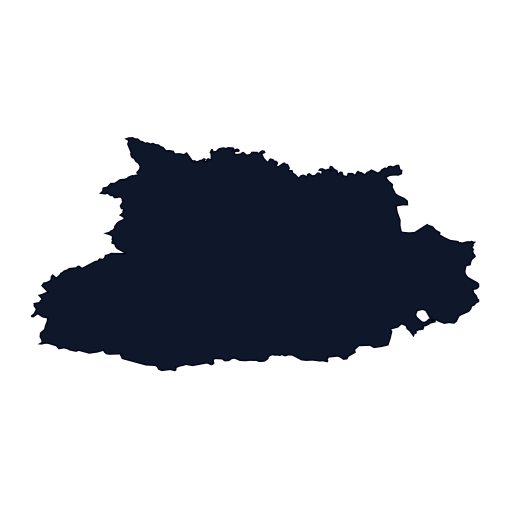 outline of Anjozorobe, Analamanga, Madagascar, rotated 91°
{"feature_id": "10022922B1306198900476", "entity_name": "Anjozorobe", "entity_type": "district", "adm_level": 2, "iso_a3": "MDG", "parent_name": "Madagascar", "parent_adm1": "Analamanga", "projection": "equal_earth", "projection_center": [47.714, -18.198], "detail": "fine", "context": "isolated", "style": "filled", "palette": "ink", "viewbox_px": 512, "rotation_deg": 91, "n_neighbors": 0, "source": "geoboundaries", "source_scale": "gbopen_adm2", "svg_char_len": 6084}
<svg xmlns="http://www.w3.org/2000/svg" viewBox="0 0 512 512"><g transform="rotate(91 256 256)"><path d="M217.5,392.4L219.8,388.2L220.9,388.2L222.3,389.7L224.0,393.3L225.5,395.2L229.0,397.7L230.6,397.6L232.8,399.5L233.8,401.7L235.0,402.9L236.0,406.4L237.2,402.2L238.4,400.0L239.8,399.6L242.1,400.0L242.7,398.6L244.0,399.9L245.5,400.1L246.6,396.8L248.2,396.9L250.7,395.0L254.3,388.2L255.5,386.7L256.0,386.8L256.1,401.1L257.3,403.0L258.2,406.5L260.3,407.1L261.7,408.3L262.2,409.8L261.8,412.4L264.0,414.0L264.4,416.7L271.4,429.3L271.3,430.2L269.4,432.8L269.6,434.0L271.1,435.3L271.9,442.5L273.3,444.2L274.5,447.6L276.1,449.2L276.7,450.6L278.5,451.7L281.8,455.3L278.7,459.0L280.2,460.1L283.3,460.4L284.6,461.4L286.5,465.3L286.7,467.5L289.4,469.4L295.5,463.2L298.2,468.8L299.2,472.1L301.6,469.8L303.4,469.0L304.6,470.6L306.5,471.6L307.5,476.9L309.9,476.7L312.5,474.7L314.2,474.9L317.9,476.9L319.9,479.3L320.5,479.0L320.5,477.5L318.0,474.4L317.5,472.9L320.5,468.3L321.4,463.1L325.0,463.4L329.9,465.3L332.3,465.6L333.6,466.3L336.9,470.0L340.6,470.3L342.9,468.9L346.0,468.0L347.5,470.4L347.6,468.8L346.7,465.4L346.7,462.5L349.1,454.0L352.0,451.4L351.0,446.3L351.8,442.8L353.0,440.6L354.1,435.1L354.2,434.1L353.2,431.6L355.9,421.0L354.7,413.3L352.9,407.4L352.3,407.0L354.6,405.7L356.2,403.8L356.6,400.6L356.0,388.7L356.7,389.8L360.7,387.8L366.7,364.1L367.0,354.8L368.3,352.5L370.8,351.3L372.0,348.2L370.8,339.7L371.9,335.2L371.3,334.3L368.8,334.2L367.1,330.2L366.5,327.0L365.4,324.2L366.5,317.5L363.7,303.8L363.9,302.0L365.3,299.0L365.1,297.9L364.0,296.5L360.1,297.2L359.1,295.0L359.3,287.8L360.9,285.9L361.2,284.9L360.8,281.3L358.9,278.7L358.4,276.1L358.5,275.1L360.5,270.2L360.7,264.6L360.2,260.7L360.2,253.6L361.2,251.0L361.1,247.9L360.6,245.4L358.3,242.4L357.1,242.4L355.1,240.4L354.2,237.9L354.7,234.9L354.4,232.5L354.9,230.8L353.9,228.2L354.9,226.1L355.1,224.7L354.1,222.2L354.3,217.7L358.9,208.5L359.3,204.0L358.9,197.4L359.7,190.2L359.4,187.5L360.3,182.9L359.4,182.6L358.2,183.4L356.7,182.4L355.7,182.3L354.5,172.5L355.3,170.2L357.6,166.6L357.1,163.4L354.5,162.1L350.5,155.3L347.9,156.1L343.7,151.7L343.1,140.4L345.3,136.4L344.1,128.9L342.5,122.6L335.3,120.4L329.0,119.1L327.6,120.3L326.3,119.7L324.5,113.1L321.9,110.3L320.9,110.0L322.9,104.6L326.0,103.5L328.1,100.8L332.9,97.2L331.0,96.7L329.9,94.6L329.0,95.2L327.9,94.4L326.7,91.8L326.2,88.0L324.6,87.3L322.8,87.9L322.8,85.7L321.1,82.1L320.1,81.4L318.7,76.4L316.2,81.8L318.6,84.3L319.6,86.5L319.2,89.1L314.4,94.6L311.8,95.5L307.7,94.0L306.3,88.5L307.4,85.2L314.7,80.9L317.7,76.0L316.7,75.8L316.4,74.9L317.9,72.1L319.9,66.5L319.0,62.2L319.5,56.8L317.7,54.7L312.4,52.2L311.1,50.2L307.6,42.5L305.1,40.5L302.3,39.7L300.9,36.8L299.0,35.4L297.6,32.8L296.2,32.7L294.6,34.3L292.1,35.1L289.3,37.8L286.8,38.5L285.4,38.3L284.8,35.0L283.8,33.8L282.7,32.9L280.2,33.1L279.0,34.4L273.8,44.0L270.7,46.4L268.1,47.1L262.3,46.1L261.8,45.6L260.9,41.8L257.5,41.2L255.4,40.1L252.7,37.0L251.6,37.3L249.9,38.8L247.2,39.7L245.9,38.9L243.0,40.7L241.9,39.1L240.4,39.5L238.5,37.8L238.5,39.1L237.7,40.7L238.2,41.5L238.3,45.4L239.7,50.1L239.2,51.7L239.5,52.9L238.1,54.5L237.2,62.1L234.5,68.1L231.6,73.2L230.9,73.5L229.8,72.6L229.3,72.9L227.4,76.7L223.7,80.2L222.6,84.2L221.7,85.3L229.9,97.7L230.4,103.3L229.9,110.3L229.1,111.4L222.9,112.8L217.7,112.7L209.7,115.8L203.4,116.9L202.1,110.3L202.1,105.5L198.5,105.8L196.0,108.9L193.3,115.2L191.3,117.9L184.9,121.2L182.2,120.9L179.0,124.8L175.2,127.9L172.9,123.7L172.4,119.0L172.5,115.2L171.1,112.1L167.9,111.9L167.5,113.7L163.4,114.8L162.9,115.4L163.1,116.9L164.9,120.6L164.1,122.6L164.3,124.4L164.5,125.1L166.4,126.3L166.0,128.8L167.9,131.9L169.1,132.5L171.2,135.3L168.2,142.0L168.6,143.0L169.5,143.6L170.6,146.4L171.8,147.1L172.9,149.1L170.8,152.4L171.1,153.7L169.8,155.2L170.1,156.0L173.5,158.0L173.4,159.1L172.0,160.9L172.0,165.2L174.5,165.9L175.1,166.7L174.3,170.4L170.9,171.6L170.8,173.2L172.3,175.0L172.2,176.0L169.4,176.6L168.2,179.2L165.4,181.8L165.3,183.1L166.8,183.7L168.5,182.3L169.3,182.4L168.1,185.3L169.2,187.7L167.8,191.0L167.9,192.7L168.5,193.9L169.1,194.2L169.3,192.0L169.9,191.3L172.7,191.3L173.3,192.1L173.1,193.2L172.1,194.4L172.1,195.8L174.5,198.1L175.1,201.0L172.9,204.3L173.7,205.7L176.5,206.8L176.4,207.7L174.9,208.6L174.5,210.4L175.1,212.4L177.4,214.4L177.4,215.0L173.9,218.5L172.7,220.8L170.1,221.5L170.3,223.8L170.0,224.9L169.1,225.1L167.6,224.4L164.1,226.1L163.9,228.2L162.8,229.1L162.8,230.0L167.0,235.9L164.7,237.7L163.4,236.3L162.4,236.3L161.2,237.5L160.9,239.7L159.5,240.7L158.9,243.2L159.3,243.9L161.8,245.1L162.1,246.5L158.3,250.1L154.1,252.1L153.4,251.8L152.3,249.2L151.2,249.7L150.9,251.1L151.1,252.2L153.9,255.6L152.5,256.8L152.5,261.8L154.6,263.3L155.5,266.5L155.3,267.5L152.8,270.5L153.6,272.4L154.5,272.9L155.1,279.0L152.6,279.5L152.0,279.0L151.5,277.5L151.5,275.2L150.7,274.9L149.7,276.0L149.6,276.8L151.1,281.3L149.0,280.3L148.5,281.0L148.3,285.9L149.3,287.6L148.6,290.3L149.2,293.8L149.9,295.3L152.3,297.4L152.7,300.2L152.4,300.9L150.7,301.5L150.6,302.2L153.4,303.4L154.1,302.5L160.3,302.3L160.5,303.4L159.8,305.6L160.8,306.8L161.9,306.4L162.8,308.9L162.0,309.6L160.3,308.7L159.8,309.7L161.4,311.9L161.5,313.5L162.6,315.3L163.1,319.2L162.0,318.9L162.1,321.4L154.3,327.2L156.1,329.7L155.2,334.0L155.5,339.2L152.9,340.6L152.2,344.7L152.6,347.9L149.1,351.0L148.4,353.5L146.8,355.4L146.5,358.6L145.3,361.1L146.1,363.2L144.9,366.5L145.3,369.0L143.8,371.5L143.5,373.6L141.2,376.4L141.1,379.2L140.0,381.3L140.3,385.4L141.2,387.8L141.8,386.3L143.3,385.1L146.3,386.1L154.8,382.5L156.4,382.9L158.3,382.3L159.7,381.4L160.4,379.5L163.4,377.7L165.1,375.1L168.2,373.2L171.4,373.7L174.5,376.4L175.2,376.2L176.6,374.7L177.1,374.8L177.6,378.3L178.2,379.6L177.9,381.0L179.6,385.1L180.5,385.6L181.7,388.5L182.2,393.2L186.0,398.5L186.1,402.4L189.8,405.6L190.8,409.9L194.1,410.4L195.9,412.4L196.4,408.0L195.7,405.3L198.0,402.4L197.9,400.2L200.0,398.5L199.9,396.0L199.3,394.2L199.5,391.8L201.2,390.7L203.0,390.5L203.4,389.4L208.3,392.4L210.8,391.3L211.3,389.0L212.2,388.6L213.4,389.7L215.3,389.5L215.8,390.7L216.4,390.8L217.5,392.4Z" fill="#0f172a" stroke="#020617" stroke-width="1.5"/></g></svg>